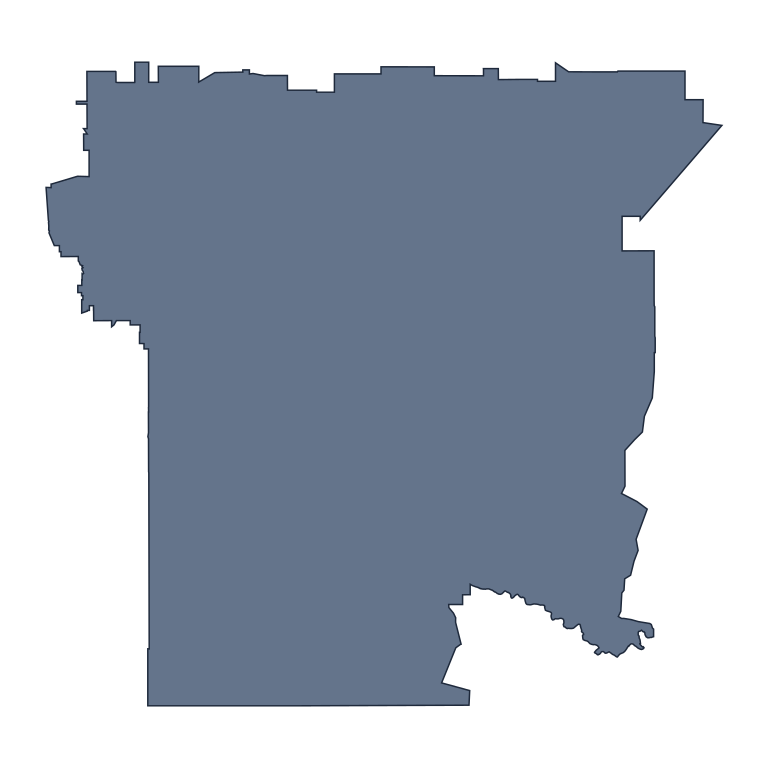 the district of Gnowangerup, Western Australia, Australia
{"feature_id": "25037944B50241547651602", "entity_name": "Gnowangerup", "entity_type": "district", "adm_level": 2, "iso_a3": "AUS", "parent_name": "Australia", "parent_adm1": "Western Australia", "projection": "equal_earth", "projection_center": [118.388, -34.087], "detail": "fine", "context": "isolated", "style": "filled", "palette": "slate", "viewbox_px": 768, "rotation_deg": 0, "n_neighbors": 0, "source": "geoboundaries", "source_scale": "gbopen_adm2", "svg_char_len": 5952}
<svg xmlns="http://www.w3.org/2000/svg" viewBox="0 0 768 768"><path d="M653.6,636.7L653.6,629.1L652.5,628.1L651.3,624.5L649.8,623.5L638.3,621.6L631.2,619.6L623.7,618.4L621.7,618.5L618.3,616.5L620.8,611.3L621.8,593.0L624.0,590.2L624.7,578.8L630.6,575.2L634.0,561.3L638.1,550.4L636.1,539.3L647.2,509.1L636.9,501.5L621.5,493.5L625.0,486.2L624.9,450.4L634.6,439.7L642.4,432.0L644.4,416.3L652.3,397.9L654.3,371.6L654.3,352.6L655.2,352.6L655.2,337.9L654.8,336.1L654.8,306.8L654.2,305.6L654.1,299.5L654.1,250.8L622.1,250.9L622.1,216.3L640.2,216.3L640.2,220.3L721.9,125.4L703.0,122.6L703.1,99.7L685.0,99.7L685.0,71.1L617.9,71.1L617.4,71.9L595.9,71.9L568.6,71.8L555.5,62.8L555.5,81.3L537.5,81.3L537.5,79.4L521.1,79.4L498.4,79.6L498.3,68.6L483.4,68.6L483.5,69.4L483.5,75.8L434.3,75.7L434.3,66.9L381.0,66.8L381.0,73.9L334.4,73.9L334.4,92.2L316.6,92.2L316.6,90.2L287.5,90.2L287.4,75.5L266.8,75.5L264.5,75.7L253.0,73.5L249.4,74.0L249.4,69.9L242.8,69.9L242.8,72.1L214.8,72.6L198.7,82.1L198.8,80.1L198.8,66.3L158.3,66.3L158.4,82.3L148.7,82.3L148.7,62.2L134.8,62.2L134.8,82.3L134.7,82.5L117.6,82.5L116.1,82.3L116.0,82.2L115.9,71.7L115.6,71.4L86.9,71.4L87.0,101.3L76.4,101.3L76.4,104.1L87.0,104.1L87.1,128.6L83.5,128.6L83.8,129.0L84.1,129.1L84.4,129.8L87.2,134.0L83.6,134.0L83.7,150.3L89.1,150.3L89.1,176.6L78.4,176.3L77.4,176.3L76.4,176.6L51.3,184.1L51.1,184.1L51.1,187.6L46.1,187.4L46.1,187.9L48.4,220.5L48.8,221.4L48.5,222.3L48.8,226.0L48.7,230.1L49.4,230.9L49.0,232.9L54.3,245.6L59.4,245.6L59.4,251.7L61.0,251.7L61.0,256.6L78.3,256.5L78.3,261.0L79.0,261.6L80.2,264.8L82.6,265.7L81.9,266.8L83.0,267.7L81.9,268.5L82.2,270.2L83.2,271.5L83.3,272.9L83.6,273.3L82.5,274.4L82.1,274.0L82.1,280.0L81.8,279.9L81.8,285.4L77.8,285.4L77.8,292.6L81.5,292.6L81.5,295.7L82.9,295.7L82.9,299.7L81.7,299.7L81.7,313.1L87.4,311.1L87.4,310.4L89.4,310.4L89.4,305.7L93.5,305.7L93.5,309.0L93.6,308.9L93.6,309.4L93.7,320.7L111.6,320.6L111.6,326.8L114.0,324.9L116.4,320.6L130.2,320.6L130.2,324.9L140.1,324.9L140.1,332.3L139.5,332.3L139.5,343.5L144.0,343.6L144.0,348.9L148.5,348.9L148.6,406.9L148.5,407.3L148.6,412.0L148.4,412.0L148.5,432.7L147.9,436.7L148.5,438.8L148.6,471.7L148.8,472.9L149.0,557.0L149.2,648.9L147.8,648.8L147.8,705.8L158.9,705.8L296.5,705.8L469.0,705.2L469.7,690.6L441.6,682.9L455.8,647.8L460.6,644.3L461.1,644.2L455.6,622.4L455.6,619.6L455.7,617.8L453.5,613.2L448.9,607.6L448.7,604.5L462.6,604.5L462.6,594.8L470.2,594.7L470.2,584.3L472.5,585.6L473.3,585.9L476.0,586.9L476.3,586.9L477.1,587.2L477.5,587.3L478.4,587.7L478.6,587.6L479.2,588.1L479.5,588.1L480.1,588.6L480.4,588.5L480.8,588.6L481.0,588.8L481.3,588.7L481.9,589.0L482.5,589.0L482.8,589.1L483.8,589.1L484.7,589.1L485.2,589.2L485.7,589.2L486.1,589.0L486.4,589.0L487.0,588.8L487.5,588.9L488.8,588.9L489.4,589.1L490.8,589.7L491.2,589.8L491.5,590.0L492.3,590.2L492.5,590.3L492.8,590.5L493.2,590.8L493.3,591.0L493.6,591.1L493.7,591.3L494.4,591.7L494.5,591.9L494.9,592.0L495.3,592.0L496.6,592.9L497.2,593.5L498.1,593.8L498.3,593.8L498.6,594.1L500.4,594.3L501.6,593.9L501.9,593.8L502.1,593.5L502.7,593.0L503.2,592.6L503.5,592.2L503.8,591.9L504.2,591.6L504.4,591.3L504.8,591.0L505.4,591.0L505.7,591.2L506.5,591.7L507.1,592.1L507.4,592.3L507.9,592.4L508.1,592.3L508.4,592.6L508.9,592.7L509.1,593.0L509.5,593.3L509.8,593.6L510.3,594.0L510.6,594.6L510.6,594.9L510.8,595.2L510.9,595.8L510.8,596.0L510.9,596.3L510.8,596.7L511.0,597.0L511.1,597.5L511.3,597.8L511.7,598.1L512.2,598.1L513.1,597.6L513.4,597.4L514.2,596.6L514.3,596.4L515.0,595.6L515.6,595.3L515.9,594.9L516.9,594.4L517.4,594.3L517.6,594.4L518.2,594.7L518.4,595.0L518.6,595.3L519.1,596.0L519.8,596.4L519.9,596.8L520.3,596.9L520.9,597.4L521.9,597.6L522.0,597.4L522.6,597.1L523.7,597.6L524.2,598.1L524.6,598.3L524.8,598.7L524.8,599.3L525.0,599.8L525.1,600.7L525.6,602.4L525.9,603.3L526.6,604.2L527.2,604.5L529.0,604.7L529.8,604.8L530.6,604.8L532.2,604.4L532.7,604.2L533.0,604.2L533.9,603.9L534.9,604.0L535.3,604.1L536.0,604.0L536.8,604.2L538.2,604.4L539.0,604.7L540.4,605.1L541.9,605.0L543.2,605.1L544.4,605.5L544.8,606.4L544.6,606.6L544.7,607.6L545.4,610.2L546.8,610.9L549.4,611.7L550.3,612.0L551.1,612.5L551.5,613.3L551.5,614.0L551.1,615.6L551.1,616.5L551.4,618.0L552.0,619.4L552.8,620.0L554.1,619.6L554.6,619.1L555.6,618.7L557.0,618.9L558.6,618.8L559.7,618.4L560.9,618.3L561.9,618.5L562.9,619.0L563.4,619.5L563.8,620.5L563.9,622.8L563.3,624.4L563.7,626.1L564.1,626.8L565.1,627.0L565.9,627.8L567.2,628.6L568.0,628.3L569.9,628.5L572.0,628.5L573.6,628.1L576.9,625.3L578.1,624.4L578.8,624.2L579.9,624.4L580.4,625.3L580.3,625.9L580.7,627.0L580.9,628.0L581.2,628.7L581.7,630.4L581.5,631.3L581.9,632.1L582.6,632.5L583.4,633.4L583.6,634.6L582.8,635.0L582.5,635.6L582.8,638.3L583.2,639.6L585.0,640.5L586.8,640.9L588.1,641.6L588.5,642.1L589.9,643.6L591.5,644.3L593.4,644.7L594.0,644.6L594.9,644.6L596.2,645.0L597.4,645.6L597.9,646.1L598.7,647.2L599.0,647.9L597.3,649.4L596.4,650.0L594.5,652.3L594.8,652.9L596.6,653.8L597.1,654.5L598.0,654.9L598.4,654.5L599.5,654.2L600.6,653.1L601.1,652.2L601.8,651.6L603.5,651.6L605.2,653.2L606.4,653.1L607.4,652.7L608.6,652.0L609.4,651.9L610.0,652.5L611.1,653.2L611.9,653.9L613.0,654.6L614.4,655.2L615.4,656.0L616.5,656.8L617.4,657.0L618.8,655.2L619.7,654.3L620.7,653.6L621.5,653.4L622.0,653.1L623.1,652.7L623.9,652.1L624.8,651.3L625.5,650.4L626.5,649.0L627.4,647.5L628.4,646.0L628.8,646.2L629.8,644.9L631.0,643.9L632.0,643.8L633.2,644.2L633.9,644.8L634.4,645.5L635.9,646.3L638.1,648.2L640.0,649.1L641.5,649.5L642.7,649.1L643.6,648.5L644.0,647.7L643.2,646.7L642.6,646.9L641.9,646.4L640.7,645.1L639.9,644.2L639.8,643.7L640.5,643.5L640.1,640.4L639.9,639.3L639.4,638.6L639.1,637.3L639.1,636.1L638.6,635.6L638.2,634.9L638.2,633.9L638.2,632.5L638.6,631.5L640.1,631.2L640.7,630.7L641.6,630.2L642.4,631.2L643.4,631.9L643.9,631.7L644.8,632.6L644.9,633.9L645.2,635.1L645.6,635.6L645.6,635.8L646.2,636.9L646.7,637.1L647.4,637.7L648.9,637.8L650.4,637.4L651.2,637.5L652.5,637.0L653.6,636.7Z" fill="#64748b" stroke="#1e293b" stroke-width="1.5"/></svg>